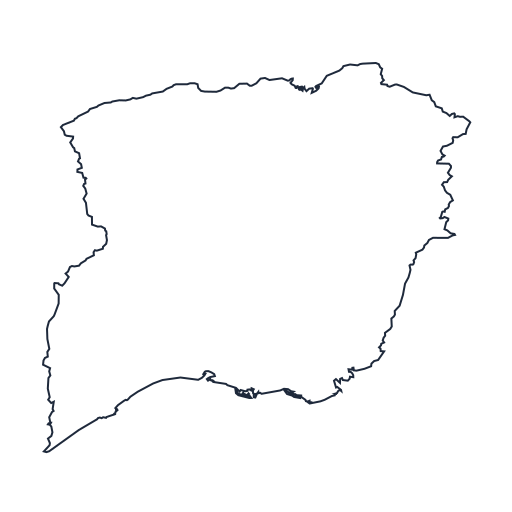 outline of Belo Sur Tsiribihina, Menabe, Madagascar, rotated 268°
{"feature_id": "10022922B50417492685621", "entity_name": "Belo Sur Tsiribihina", "entity_type": "district", "adm_level": 2, "iso_a3": "MDG", "parent_name": "Madagascar", "parent_adm1": "Menabe", "projection": "natural_earth1", "projection_center": [44.851, -19.66], "detail": "fine", "context": "isolated", "style": "outline", "palette": "slate", "viewbox_px": 512, "rotation_deg": 268, "n_neighbors": 0, "source": "geoboundaries", "source_scale": "gbopen_adm2", "svg_char_len": 6037}
<svg xmlns="http://www.w3.org/2000/svg" viewBox="0 0 512 512"><g transform="rotate(268 256 256)"><path d="M68.1,37.2L67.3,39.7L68.1,42.5L88.3,72.9L98.4,91.5L99.5,92.4L100.0,94.3L99.3,96.1L100.2,97.6L99.5,100.5L100.3,101.0L102.8,109.4L103.5,109.0L104.1,110.0L105.2,110.2L106.8,112.2L107.6,111.9L107.5,110.7L108.6,110.8L109.0,110.2L111.8,112.9L115.9,119.0L116.8,120.7L116.4,121.9L116.9,122.8L119.8,125.6L124.5,133.1L132.2,148.8L135.3,158.2L137.2,176.2L134.3,193.9L136.1,197.6L138.4,200.2L140.1,201.3L140.3,200.5L139.0,198.7L142.1,200.8L142.6,201.9L142.6,204.4L141.2,207.4L139.4,210.1L137.4,210.7L136.6,206.0L135.6,203.9L134.7,202.6L133.1,203.7L134.4,206.1L133.4,206.5L133.3,208.3L132.6,209.1L132.2,208.3L131.6,208.9L129.2,221.6L127.9,222.9L124.9,231.4L121.1,234.9L122.6,236.0L121.2,240.5L121.5,242.7L122.7,242.8L122.9,244.8L121.9,246.4L124.0,246.9L122.9,249.1L121.5,248.2L119.0,248.3L117.9,249.8L118.4,252.2L120.1,253.6L118.8,253.7L119.1,255.4L118.1,256.8L120.8,275.6L122.3,279.3L121.8,283.4L119.6,286.4L119.1,288.8L118.1,287.3L118.8,285.6L118.4,285.4L116.6,289.1L116.6,290.4L115.5,291.7L115.0,296.3L113.7,296.2L110.5,300.4L109.2,300.8L108.8,302.7L109.5,304.5L107.8,304.6L107.9,307.3L107.4,303.6L106.7,304.5L108.5,315.3L109.9,319.6L113.4,326.9L114.0,329.8L115.4,329.8L115.3,332.1L115.7,330.5L116.2,332.2L118.0,333.2L119.3,335.2L118.1,336.5L119.2,336.3L122.3,332.6L121.8,331.4L128.6,329.6L130.2,331.6L126.3,335.5L130.2,335.8L131.0,337.7L129.0,338.5L128.2,343.4L130.1,345.3L132.1,345.7L131.5,349.0L133.5,349.0L135.5,348.0L136.9,346.5L137.0,344.9L139.6,344.5L139.1,348.0L140.9,348.4L141.0,349.5L138.3,349.8L137.9,352.4L139.5,360.5L141.8,367.2L144.4,367.6L146.9,370.4L147.8,374.4L156.2,380.7L156.6,377.3L159.1,377.2L160.4,375.8L162.3,377.8L163.9,378.1L165.1,381.0L167.2,379.7L169.9,380.7L171.8,382.3L174.7,382.2L178.4,387.6L180.8,389.2L188.8,389.1L190.8,391.7L192.6,392.8L196.2,392.7L201.3,397.8L212.0,401.5L223.2,404.0L229.2,407.6L233.8,409.1L236.8,409.9L241.2,409.1L242.0,410.1L241.9,412.4L242.5,413.1L244.4,413.8L246.1,413.3L248.3,415.4L252.1,416.2L253.7,415.8L256.5,422.5L258.6,424.2L260.6,424.6L263.0,427.7L266.0,429.4L268.0,433.5L267.4,448.5L269.7,453.2L270.1,455.6L271.1,455.1L271.9,451.3L274.9,448.1L276.2,445.3L283.2,447.3L284.9,449.2L286.7,449.5L288.4,445.7L287.3,443.9L287.1,441.4L287.6,441.0L288.4,442.0L293.6,443.7L294.0,444.6L293.6,446.1L296.0,446.7L297.3,449.5L299.2,450.6L300.7,450.4L303.1,451.9L304.7,454.7L310.4,452.3L312.5,449.0L315.0,447.2L318.7,446.1L320.7,444.4L323.2,446.3L323.2,449.6L325.5,450.8L328.8,454.5L330.1,452.4L332.5,450.7L337.4,453.9L339.1,454.0L341.5,452.0L342.2,440.2L343.5,440.3L345.1,441.3L346.0,444.3L348.5,445.2L348.8,447.0L349.7,448.0L351.1,445.8L354.6,444.1L358.9,446.7L359.5,450.6L362.2,456.5L364.6,457.1L366.8,456.5L367.9,457.2L367.6,461.7L370.6,467.1L370.7,469.8L375.3,470.9L382.1,474.8L383.2,473.9L388.0,467.9L388.0,464.7L388.7,462.5L387.7,459.2L390.8,459.7L391.6,459.1L391.1,456.7L389.2,454.5L392.2,451.3L393.8,447.7L397.1,446.8L399.3,440.9L403.6,439.5L405.5,437.1L411.1,435.1L410.7,431.8L414.0,418.4L419.8,409.7L422.5,402.7L422.5,401.0L420.5,395.5L421.3,393.3L422.6,393.0L423.4,387.3L424.6,386.9L427.3,389.9L429.2,388.4L431.6,388.3L433.3,387.0L438.7,388.6L440.2,386.7L443.4,385.4L444.7,382.5L444.5,369.3L444.2,366.8L443.0,364.2L444.1,356.7L442.7,350.0L440.7,348.8L438.4,345.8L433.6,333.0L426.2,327.7L423.8,322.0L423.0,321.3L421.9,322.0L423.2,323.6L423.0,324.8L421.3,324.4L419.0,321.8L417.1,317.4L421.1,318.7L421.7,318.4L421.4,315.0L419.0,312.2L421.5,310.4L423.3,310.2L422.3,309.0L419.5,308.3L420.1,307.6L423.1,308.4L423.7,307.9L423.4,306.0L421.5,306.5L420.5,305.6L420.9,304.8L424.3,303.6L424.1,302.8L422.5,302.2L422.6,301.5L424.8,300.6L426.4,297.6L427.8,296.5L430.4,298.8L432.1,299.0L432.1,298.3L431.5,296.6L430.3,295.5L430.1,293.9L432.7,288.2L431.4,275.6L433.6,271.2L433.1,266.7L428.6,262.4L426.3,257.6L426.4,255.7L428.6,253.0L428.7,245.4L424.5,240.0L424.2,236.8L425.2,234.2L425.3,230.9L422.6,226.3L421.5,222.2L422.1,210.6L422.9,206.9L426.0,204.1L429.7,203.6L430.8,200.6L430.9,196.0L430.0,193.2L430.4,182.0L429.6,179.6L428.3,178.4L426.2,172.5L423.6,168.6L422.1,157.9L420.9,156.1L420.1,151.7L418.7,148.7L417.4,142.0L418.3,138.4L416.9,135.9L416.0,131.2L416.4,124.8L415.4,117.8L414.5,116.2L414.2,109.9L411.9,103.8L410.6,102.2L408.7,95.2L406.2,93.2L401.8,83.2L400.0,81.4L399.5,79.8L397.6,78.7L393.7,67.7L391.6,65.5L387.4,68.4L383.9,69.1L382.8,70.8L381.7,77.4L379.8,77.2L376.0,74.3L371.0,77.0L370.2,78.1L366.9,78.7L364.9,82.8L359.8,83.5L359.4,82.6L356.7,81.4L353.9,84.4L350.2,85.0L348.7,80.6L346.3,80.4L345.1,85.2L340.3,86.3L340.1,88.5L339.4,89.1L338.3,87.8L334.4,88.1L334.0,86.7L332.1,85.8L329.4,87.7L324.3,88.9L319.2,85.6L315.1,87.9L303.9,88.8L302.3,90.0L300.8,93.4L293.1,93.2L290.9,98.9L291.0,102.2L288.7,106.0L286.7,106.2L285.9,107.2L283.1,107.5L282.1,106.9L277.1,107.6L273.4,106.7L270.5,103.4L268.6,103.2L266.9,97.1L267.4,95.2L265.4,93.8L262.4,94.0L259.1,86.5L257.5,85.5L254.8,80.7L252.5,78.8L251.9,74.1L252.4,71.7L251.5,69.7L247.0,67.6L245.1,65.1L241.6,68.1L235.4,63.7L233.1,61.3L234.6,58.1L235.6,57.6L236.0,53.7L235.5,53.4L230.5,53.2L224.1,57.5L215.4,57.1L204.7,52.7L202.9,51.8L197.8,46.8L193.4,45.4L190.4,44.6L180.3,44.6L170.4,46.2L167.4,44.1L162.7,44.4L161.5,41.5L159.0,40.0L154.8,39.4L151.1,46.3L147.9,45.3L143.8,46.3L141.3,44.3L130.7,43.3L122.1,44.9L119.6,43.3L116.2,46.2L117.4,48.8L110.1,47.4L108.2,48.3L107.2,46.7L102.1,43.7L96.7,44.6L96.6,45.3L95.9,44.9L96.0,42.9L95.0,42.2L94.6,44.0L92.7,45.5L86.9,46.4L83.3,45.2L80.8,41.7L76.2,43.5L74.1,43.1L68.1,37.2ZM120.4,281.5L120.7,279.7L117.0,282.2L115.2,287.3L113.8,289.1L112.5,295.2L113.1,295.3L115.9,289.7L116.9,286.1L120.4,281.5ZM123.1,230.8L119.6,231.2L117.5,233.5L114.3,244.4L114.3,246.3L115.9,245.2L115.5,245.0L116.4,240.7L118.9,233.8L120.5,232.3L122.1,232.6L123.1,230.8ZM117.8,248.9L114.9,248.9L114.6,250.4L118.0,252.0L117.4,250.3L117.8,248.9ZM119.8,238.4L118.9,237.7L118.1,238.7L116.9,241.1L116.6,244.1L118.0,243.3L118.5,244.1L119.0,243.7L117.1,242.2L119.1,238.5L119.8,238.4Z" fill="none" stroke="#1e293b" stroke-width="2"/></g></svg>